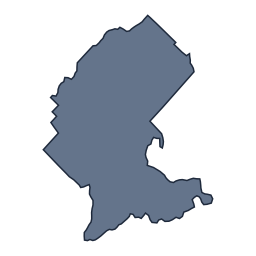 Getúlio Vargas, Rio Grande do Sul, Brazil (Robinson projection)
{"feature_id": "56859067B47286400089362", "entity_name": "Getúlio Vargas", "entity_type": "district", "adm_level": 2, "iso_a3": "BRA", "parent_name": "Brazil", "parent_adm1": "Rio Grande do Sul", "projection": "robinson", "projection_center": [-52.166, -27.853], "detail": "fine", "context": "isolated", "style": "filled", "palette": "slate", "viewbox_px": 256, "rotation_deg": 0, "n_neighbors": 0, "source": "geoboundaries", "source_scale": "gbopen_adm2", "svg_char_len": 2214}
<svg xmlns="http://www.w3.org/2000/svg" viewBox="0 0 256 256"><path d="M147.7,15.4L145.9,17.4L144.1,19.4L142.2,21.8L139.4,23.8L136.3,25.6L134.0,27.1L131.6,28.9L129.5,30.9L126.6,31.4L123.1,29.0L119.9,27.3L117.7,29.3L114.9,28.8L112.6,29.6L109.1,30.5L106.8,32.0L104.5,34.8L103.0,38.4L100.8,40.6L99.2,42.7L96.3,45.5L93.0,45.8L77.3,62.8L77.0,66.7L76.9,70.9L75.2,73.1L74.0,76.5L71.4,79.3L68.0,77.7L64.8,77.5L63.8,81.7L61.2,83.3L59.3,85.8L58.1,89.3L57.9,92.6L56.0,96.1L52.4,95.5L50.6,97.5L58.5,105.3L52.2,111.8L56.6,116.3L50.9,122.5L54.0,127.0L58.4,133.1L43.3,149.7L58.3,165.4L66.4,173.6L69.3,176.7L73.8,179.8L79.3,185.1L80.7,187.5L83.7,186.9L86.3,185.7L89.2,184.6L90.0,187.4L89.6,190.4L89.5,194.1L90.9,197.0L93.0,200.4L93.0,205.0L92.1,208.7L91.6,212.6L91.7,215.4L91.7,219.0L91.0,222.1L89.0,224.9L87.6,227.6L86.3,229.9L84.3,232.5L84.2,236.0L84.5,240.1L87.5,240.6L89.9,239.5L92.8,240.5L95.2,239.9L97.7,238.3L100.9,235.9L103.9,233.2L106.6,230.8L109.3,229.4L112.0,229.9L115.0,229.1L116.9,227.3L118.8,224.8L121.3,223.9L124.0,221.5L127.2,218.7L129.3,216.4L130.3,213.8L133.1,214.4L135.1,217.5L138.7,217.2L141.2,218.4L143.8,215.4L145.5,213.1L148.6,215.5L150.1,219.7L152.0,222.4L156.9,222.9L158.7,220.0L161.6,219.0L164.9,221.4L169.0,221.2L172.4,219.7L176.0,217.3L179.5,218.5L182.4,216.4L183.8,212.1L188.2,210.5L191.7,208.4L194.4,207.0L193.8,204.1L192.2,199.6L194.3,197.4L196.8,195.8L199.3,196.9L200.7,198.9L201.8,202.1L203.7,204.6L207.0,204.3L211.3,203.1L212.7,198.8L210.9,195.1L207.6,194.3L204.8,193.9L201.9,192.5L200.9,188.1L200.7,185.0L200.4,181.8L199.8,178.9L196.7,178.8L193.3,178.3L190.2,179.2L187.0,180.5L182.3,179.6L179.3,179.9L175.9,181.0L173.5,182.5L170.1,181.8L167.5,179.6L165.8,177.6L164.5,175.2L160.1,171.5L153.5,167.5L147.3,165.4L147.7,161.1L146.0,157.4L145.4,154.5L146.2,150.4L147.8,145.7L150.9,144.0L151.9,140.1L153.6,137.4L156.9,138.4L159.7,138.4L159.8,141.9L160.0,146.6L162.3,148.0L163.1,144.7L163.4,141.6L162.8,137.7L161.6,133.7L149.9,121.2L163.0,106.9L194.0,71.8L193.3,68.3L191.7,65.2L190.2,63.1L190.3,60.2L189.7,56.6L189.5,53.7L186.4,55.7L181.8,52.0L174.0,44.4L175.8,42.5L173.9,40.6L170.0,36.8L163.5,30.4L156.1,23.2L153.0,20.3L150.5,17.9L147.7,15.4Z" fill="#64748b" stroke="#1e293b" stroke-width="1.5"/></svg>